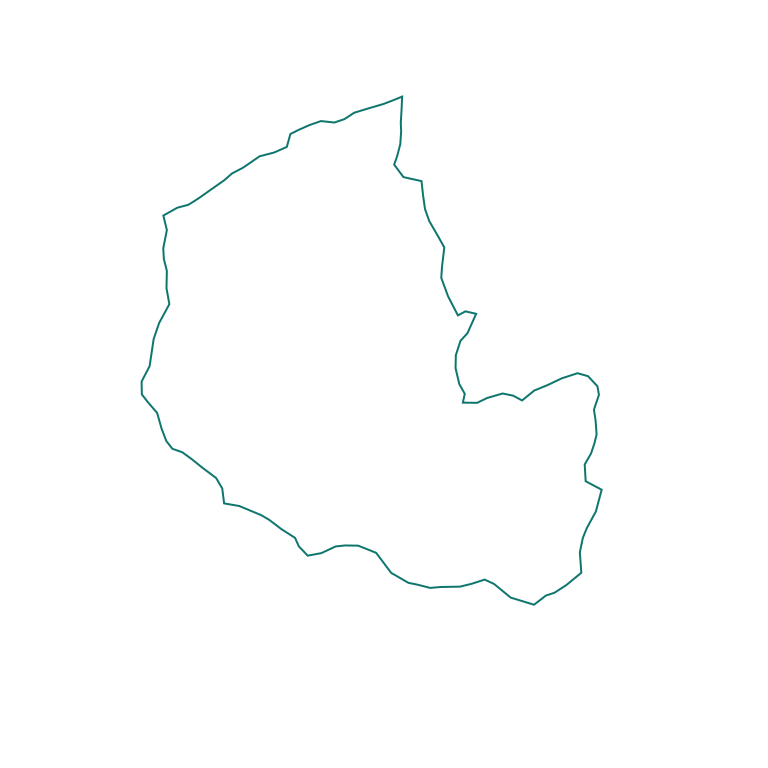 the district of Santa Mercedes, São Paulo, Brazil, rotated 139°
{"feature_id": "56859067B1227581953826", "entity_name": "Santa Mercedes", "entity_type": "district", "adm_level": 2, "iso_a3": "BRA", "parent_name": "Brazil", "parent_adm1": "São Paulo", "projection": "albers", "projection_center": [-51.744, -21.31], "detail": "fine", "context": "isolated", "style": "outline", "palette": "teal", "viewbox_px": 768, "rotation_deg": 139, "n_neighbors": 0, "source": "geoboundaries", "source_scale": "gbopen_adm2", "svg_char_len": 1630}
<svg xmlns="http://www.w3.org/2000/svg" viewBox="0 0 768 768"><g transform="rotate(139 384 384)"><path d="M562.7,365.5L559.8,356.9L556.6,341.6L552.1,326.2L554.8,317.3L554.2,304.5L542.3,297.5L527.0,293.1L519.2,287.6L509.5,278.9L500.7,261.7L502.5,236.7L496.0,217.9L490.4,210.6L483.0,199.9L474.4,193.6L459.6,181.2L448.9,175.7L436.3,170.3L432.1,160.8L428.5,139.6L415.6,119.0L400.6,118.1L392.3,114.6L378.0,112.6L358.9,112.1L346.6,128.5L334.9,137.4L325.7,142.1L307.7,148.8L289.1,161.4L295.6,178.3L285.3,191.6L273.4,195.7L264.2,201.1L256.6,206.5L247.8,218.3L242.4,226.9L228.9,234.8L224.4,242.3L224.9,256.1L230.9,265.2L246.0,271.6L261.7,276.0L274.9,280.5L290.6,281.0L294.2,290.5L300.7,299.0L315.4,305.8L326.1,308.7L336.7,318.2L329.5,323.6L327.2,334.6L319.6,349.0L310.9,358.6L298.0,366.4L287.7,367.6L268.4,376.5L274.9,385.4L283.2,387.3L278.1,408.2L271.1,426.6L262.8,434.9L248.9,447.5L246.1,460.9L243.0,477.1L238.3,489.1L230.9,500.5L222.6,512.5L233.6,527.4L232.4,542.9L224.8,547.2L214.4,554.3L205.4,563.3L199.9,570.2L190.2,580.1L181.8,589.0L192.0,592.5L200.5,595.6L215.1,602.3L228.6,608.3L240.2,609.9L249.9,613.9L259.1,623.8L270.3,628.3L281.4,631.7L290.6,634.1L301.8,626.7L315.1,630.8L328.5,637.5L348.3,639.7L360.5,642.6L371.0,642.6L389.2,644.5L401.6,645.7L414.1,647.6L424.2,652.6L440.0,655.9L446.9,642.6L461.6,631.2L468.1,622.8L473.7,611.8L485.3,599.0L493.6,585.1L513.6,577.6L528.3,569.1L549.1,551.3L565.3,544.9L573.6,535.0L574.1,525.3L574.2,511.0L581.2,496.1L585.7,483.7L586.2,473.9L581.0,464.8L578.3,452.9L576.0,440.0L572.4,423.1L574.6,411.3L583.0,398.8L573.3,386.9L562.7,365.5Z" fill="none" stroke="#0f766e" stroke-width="2"/></g></svg>